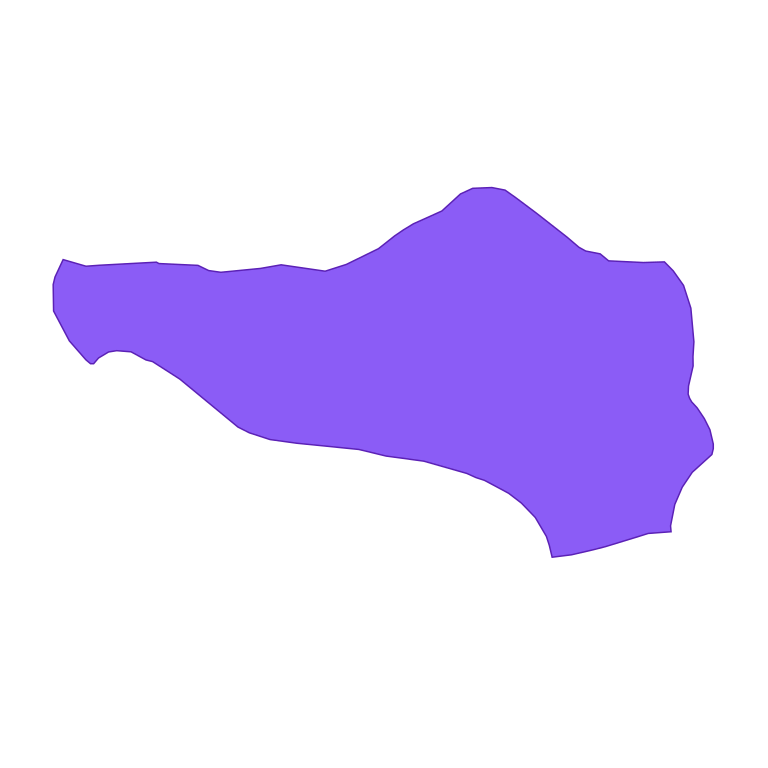 Santa Cruz del Quiché, Quiché, Guatemala, rotated 85°
{"feature_id": "79465075B15247969306160", "entity_name": "Santa Cruz del Quiché", "entity_type": "district", "adm_level": 2, "iso_a3": "GTM", "parent_name": "Guatemala", "parent_adm1": "Quiché", "projection": "orthographic", "projection_center": [-91.122, 15.026], "detail": "fine", "context": "isolated", "style": "filled", "palette": "violet", "viewbox_px": 768, "rotation_deg": 85, "n_neighbors": 0, "source": "geoboundaries", "source_scale": "gbopen_adm2", "svg_char_len": 1219}
<svg xmlns="http://www.w3.org/2000/svg" viewBox="0 0 768 768"><g transform="rotate(85 384 384)"><path d="M571.2,231.6L570.5,212.2L567.4,190.2L565.3,177.5L557.7,141.9L555.9,133.8L556.2,110.9L550.3,110.9L529.3,104.8L512.8,95.9L498.8,84.6L482.8,63.5L477.1,61.6L472.5,61.2L458.0,63.3L446.4,67.9L435.1,74.1L428.6,79.1L424.9,80.8L420.6,81.9L412.5,80.8L393.0,74.5L383.6,73.8L369.0,71.6L335.2,71.7L311.9,77.0L296.5,86.0L286.8,94.0L285.6,115.1L280.9,149.5L273.2,157.3L269.1,171.5L264.7,178.0L253.7,188.8L226.7,217.7L220.8,224.3L209.8,236.6L201.4,246.5L197.7,259.4L196.8,278.6L201.3,291.2L216.7,311.3L227.0,340.8L232.1,351.1L237.2,360.2L248.7,377.7L261.6,411.1L266.5,432.8L256.3,476.1L258.1,496.9L258.5,536.8L255.7,548.8L249.6,559.0L244.4,597.7L242.8,600.1L240.9,657.2L240.7,670.6L232.1,692.8L248.7,702.4L256.1,704.9L282.5,706.8L313.6,693.7L334.0,678.8L338.2,674.6L338.5,671.5L333.2,666.1L328.1,655.6L327.5,647.4L329.9,633.2L339.3,619.0L341.5,612.6L361.3,587.0L414.2,533.2L420.9,522.4L429.4,502.4L435.4,476.1L447.0,414.8L456.0,388.1L464.3,351.2L480.3,309.3L485.2,300.6L488.7,292.4L495.1,282.5L503.7,269.4L514.6,257.5L530.2,244.9L550.0,235.5L559.1,233.4L571.2,231.6Z" fill="#8b5cf6" stroke="#5b21b6" stroke-width="1.5"/></g></svg>